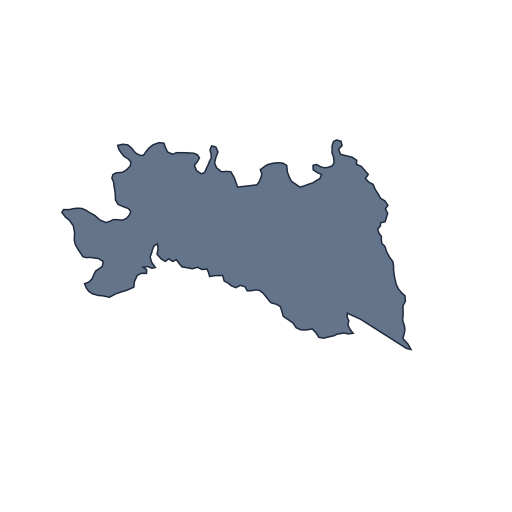 Palmeira, Santa Catarina, Brazil, rotated 314°
{"feature_id": "56859067B29922311879883", "entity_name": "Palmeira", "entity_type": "district", "adm_level": 2, "iso_a3": "BRA", "parent_name": "Brazil", "parent_adm1": "Santa Catarina", "projection": "natural_earth1", "projection_center": [-50.169, -27.574], "detail": "fine", "context": "isolated", "style": "filled", "palette": "slate", "viewbox_px": 512, "rotation_deg": 314, "n_neighbors": 0, "source": "geoboundaries", "source_scale": "gbopen_adm2", "svg_char_len": 3547}
<svg xmlns="http://www.w3.org/2000/svg" viewBox="0 0 512 512"><g transform="rotate(314 256 256)"><path d="M232.3,334.7L233.9,339.3L236.4,342.3L239.3,344.7L242.6,347.1L242.4,352.2L241.2,357.7L243.8,361.7L249.2,365.1L253.0,367.6L256.1,368.6L258.8,370.7L261.6,372.6L264.0,376.4L267.9,379.6L268.6,374.3L270.3,369.9L273.8,367.8L275.6,363.6L278.4,361.5L280.7,368.4L283.1,374.9L294.0,428.4L296.4,432.4L298.2,426.4L298.7,418.9L303.0,416.6L306.1,414.6L308.6,411.7L311.7,406.1L315.4,403.1L318.6,400.0L322.3,396.3L327.4,394.8L330.9,390.8L330.7,386.2L331.2,381.6L333.0,376.6L336.2,371.6L339.0,367.7L341.8,364.4L344.7,361.5L347.0,358.4L348.0,352.7L349.7,347.3L352.5,341.9L352.4,338.1L354.5,335.1L357.2,332.6L357.8,328.7L360.0,324.8L363.8,324.7L366.5,322.6L370.4,325.1L374.4,323.0L378.1,321.2L379.8,316.3L384.1,315.7L385.2,310.5L384.0,305.4L385.3,301.7L386.7,295.6L388.9,290.5L387.5,285.9L387.7,280.9L392.7,280.1L393.1,274.6L393.6,269.4L391.7,264.6L394.8,262.0L393.8,256.4L390.6,251.0L387.9,246.2L390.2,241.2L395.2,241.3L397.6,237.4L395.5,233.4L392.2,232.2L388.1,234.2L385.3,236.9L382.8,239.3L381.1,242.9L377.4,247.4L373.6,248.2L369.1,245.8L366.6,243.4L364.9,240.1L364.0,236.1L360.9,234.0L357.7,237.2L358.5,241.8L360.1,246.6L356.0,248.1L352.2,247.0L348.1,246.1L344.1,243.9L339.4,241.7L336.1,239.7L335.2,234.5L334.4,229.4L335.8,225.4L338.1,220.4L342.5,215.2L341.5,211.0L339.4,208.1L335.0,204.1L329.7,200.8L326.3,200.0L321.1,199.1L319.1,203.2L314.9,205.5L311.3,206.7L307.8,207.2L292.8,194.9L295.0,190.5L297.3,185.9L299.1,179.4L296.1,175.7L292.6,172.7L292.1,166.2L294.2,161.6L298.5,158.9L304.5,156.3L306.5,151.3L304.4,147.6L300.3,149.2L298.2,152.7L295.4,155.8L292.1,156.6L289.2,157.9L285.0,159.3L280.6,161.0L277.2,159.7L276.1,153.9L278.4,148.8L283.3,148.2L287.3,147.2L288.1,143.4L286.7,139.8L283.5,136.1L280.6,132.7L277.7,129.7L275.0,127.0L271.3,125.4L269.4,120.1L271.3,115.1L273.2,111.4L270.3,107.6L267.1,105.9L264.2,104.6L259.4,104.0L254.2,104.4L250.2,105.1L247.8,102.6L246.4,97.6L247.2,91.7L246.9,86.5L243.8,82.5L239.5,79.6L237.4,83.3L236.6,87.1L236.0,91.5L237.0,96.5L236.7,100.7L233.4,103.0L228.3,103.0L223.5,101.9L218.7,97.6L215.2,96.5L211.9,98.2L210.2,102.3L207.5,105.5L204.8,109.3L201.8,112.8L198.7,115.9L197.3,121.0L199.6,126.9L201.5,131.3L200.9,135.2L197.1,136.5L193.0,136.7L188.8,134.8L185.6,130.8L183.1,128.1L179.7,126.9L175.9,124.9L173.5,118.7L173.2,111.8L171.5,105.7L170.8,101.8L169.3,97.8L166.7,94.7L163.7,92.1L159.6,89.4L155.8,85.4L152.5,86.0L151.6,91.9L152.1,97.1L150.7,103.8L146.7,109.4L141.5,113.9L138.8,117.8L137.1,123.5L136.3,127.5L135.2,132.1L137.3,135.4L140.2,138.1L142.5,141.5L144.7,144.3L145.9,149.9L141.7,152.7L137.9,151.9L133.8,151.1L130.1,152.2L126.0,153.9L121.1,153.9L117.0,151.9L115.1,156.3L114.4,160.3L115.1,164.3L118.0,169.9L120.6,173.0L122.6,176.1L124.5,179.2L127.6,180.2L131.3,181.4L136.9,184.2L140.9,186.5L144.8,188.2L148.7,189.8L153.2,186.3L159.6,184.1L163.7,185.4L167.4,189.3L170.2,186.9L169.5,182.5L173.1,185.4L175.0,189.7L177.8,191.6L179.0,185.2L181.9,180.4L185.3,179.0L188.4,177.3L192.4,175.6L196.3,176.7L193.2,180.5L188.5,183.6L188.0,189.8L189.1,194.5L193.2,195.1L194.3,200.0L198.0,201.2L197.2,206.0L196.7,210.3L199.3,214.0L202.6,219.1L207.2,221.7L208.8,226.6L212.6,229.8L211.1,233.4L209.0,236.9L213.6,240.3L218.8,245.6L215.9,250.5L217.1,254.5L217.4,258.9L219.2,263.5L223.9,265.0L226.3,269.5L224.8,273.8L228.2,277.1L231.5,279.4L233.7,282.4L234.2,287.0L233.6,291.8L232.7,299.1L235.6,304.6L236.5,308.5L234.6,312.3L231.5,317.5L232.7,324.0L233.5,329.2L232.3,334.7Z" fill="#64748b" stroke="#1e293b" stroke-width="1.5"/></g></svg>